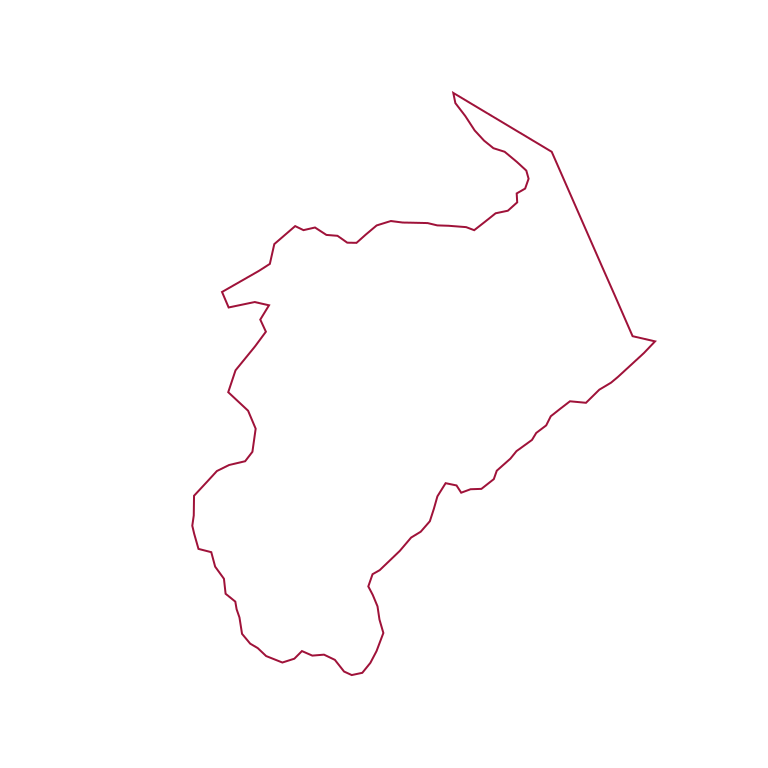 the district of Poção, Pernambuco, Brazil, rotated 309°
{"feature_id": "56859067B37622328972357", "entity_name": "Poção", "entity_type": "district", "adm_level": 2, "iso_a3": "BRA", "parent_name": "Brazil", "parent_adm1": "Pernambuco", "projection": "orthographic", "projection_center": [-36.718, -8.218], "detail": "fine", "context": "isolated", "style": "outline", "palette": "rose", "viewbox_px": 768, "rotation_deg": 309, "n_neighbors": 0, "source": "geoboundaries", "source_scale": "gbopen_adm2", "svg_char_len": 1579}
<svg xmlns="http://www.w3.org/2000/svg" viewBox="0 0 768 768"><g transform="rotate(309 384 384)"><path d="M177.6,306.7L162.1,318.9L153.2,324.2L148.1,330.8L139.1,343.6L144.6,355.6L135.8,367.7L131.9,382.2L121.3,392.9L121.3,405.4L116.2,411.2L111.6,418.6L100.5,430.9L98.0,443.4L99.3,452.1L98.4,463.6L103.6,480.3L114.1,487.2L124.8,488.3L127.8,499.2L135.9,507.7L138.7,519.4L135.4,533.9L137.5,542.1L145.9,548.9L158.7,548.9L171.7,546.3L190.1,540.2L198.1,528.7L207.1,518.9L213.0,508.0L216.8,499.2L229.0,494.8L236.6,497.8L264.2,501.3L281.7,501.7L292.3,505.5L306.2,506.0L318.4,501.3L330.3,496.2L345.7,494.3L350.8,504.2L348.1,512.4L356.7,517.5L363.8,525.7L379.2,529.2L387.6,526.2L405.5,529.2L415.2,529.2L433.7,534.2L441.8,533.1L453.9,536.1L463.9,533.9L476.3,536.7L487.6,539.4L496.5,552.8L515.1,554.9L527.9,559.6L536.5,561.3L571.6,566.5L587.7,567.8L577.6,547.1L598.2,507.4L612.6,479.3L670.0,368.2L653.8,254.7L647.2,262.7L643.4,278.5L638.1,294.9L636.1,308.6L636.1,320.6L640.4,331.6L640.2,347.5L639.4,360.3L634.5,367.2L624.7,370.7L615.6,367.2L609.0,373.2L596.6,371.2L586.9,363.3L573.3,360.3L560.3,357.3L557.6,349.1L547.6,334.6L540.8,325.6L536.5,316.6L526.3,303.4L521.3,297.0L514.9,286.7L502.6,278.5L488.6,275.8L476.4,273.8L470.7,266.5L469.9,254.6L463.6,245.4L462.2,231.9L452.9,224.6L450.8,215.6L423.7,210.7L405.5,219.7L393.2,215.6L353.6,200.2L345.7,215.1L366.3,231.9L372.8,245.1L356.2,247.3L350.3,259.3L332.1,260.1L301.2,260.0L279.6,268.1L277.7,295.2L268.5,312.4L248.5,324.4L236.6,324.7L223.6,314.6L211.2,308.9L196.5,308.0L177.6,306.7Z" fill="none" stroke="#9f1239" stroke-width="2"/></g></svg>